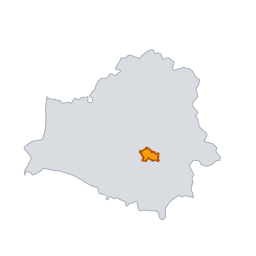 Babruysk, Mogilev, Belarus shown in context, rotated 13°
{"feature_id": "67162791B49466941565536", "entity_name": "Babruysk", "entity_type": "district", "adm_level": 2, "iso_a3": "BLR", "parent_name": "Belarus", "parent_adm1": "Mogilev", "projection": "orthographic", "projection_center": [29.167, 53.064], "detail": "fine", "context": "in_parent", "style": "filled", "palette": "amber", "viewbox_px": 256, "rotation_deg": 13, "n_neighbors": 0, "source": "geoboundaries", "source_scale": "gbopen_adm2", "svg_char_len": 7538}
<svg xmlns="http://www.w3.org/2000/svg" viewBox="0 0 256 256"><g transform="rotate(13 128 128)"><path d="M207.4,181.0L203.5,180.9L198.8,181.1L196.2,183.1L193.3,182.3L191.3,183.3L186.8,188.5L185.0,191.3L183.4,195.5L182.4,198.6L183.0,200.8L183.9,202.8L184.1,205.0L184.6,206.6L183.5,207.9L182.8,209.7L180.8,209.4L178.3,207.8L177.8,205.3L175.9,203.6L174.7,202.7L172.6,202.6L169.4,203.4L165.2,204.1L162.0,204.3L160.2,205.2L157.7,206.0L156.7,205.0L155.2,202.2L154.1,199.4L153.3,198.2L152.6,197.8L151.7,197.9L150.7,198.8L150.0,199.7L147.3,200.8L146.1,201.8L144.8,204.3L144.0,204.1L143.1,203.5L142.1,200.6L140.7,200.0L138.4,199.9L135.7,199.3L133.4,198.4L132.6,198.6L131.3,199.8L129.8,199.9L126.7,198.8L126.0,199.3L124.2,202.4L123.3,202.5L122.8,202.1L123.1,199.4L121.3,198.4L118.2,198.1L116.0,198.5L115.0,198.3L114.4,197.8L111.9,193.1L110.5,192.7L108.0,192.9L104.3,192.2L100.0,191.0L97.7,190.5L96.5,189.5L93.9,189.0L86.9,186.7L84.0,186.3L79.8,186.0L73.4,185.3L69.2,185.3L67.3,185.8L65.0,186.1L57.3,186.1L54.6,186.5L53.7,187.4L52.7,189.5L49.2,192.9L46.0,195.1L45.4,195.3L43.7,193.9L42.2,193.3L40.5,193.1L39.2,193.4L38.4,193.9L38.3,196.8L38.1,197.0L37.0,193.5L37.3,190.5L38.2,188.8L39.2,187.3L39.0,184.9L40.2,181.9L40.4,179.6L40.1,178.6L39.4,177.5L37.5,176.1L36.7,175.0L34.2,173.5L31.6,171.7L31.3,170.6L31.4,170.0L32.0,169.0L34.3,166.1L36.7,163.3L38.2,162.3L45.9,159.1L47.1,157.8L47.5,155.6L47.8,151.1L47.6,147.0L47.3,144.1L46.3,138.7L43.3,127.5L42.0,115.9L43.4,116.7L46.8,117.2L49.6,116.6L51.0,116.6L52.2,116.9L55.9,116.6L56.7,117.7L58.2,118.7L61.5,117.6L64.4,116.2L67.3,116.5L67.7,115.7L68.7,111.7L69.6,110.9L73.0,111.5L74.4,110.9L75.8,109.0L77.9,107.8L79.6,107.9L81.5,106.6L82.3,107.6L82.6,109.3L82.0,110.6L82.2,111.1L83.4,111.9L85.5,111.9L86.9,111.5L87.2,110.7L87.3,109.3L87.0,108.0L86.2,106.9L84.5,106.2L83.4,106.1L83.2,105.4L83.7,103.9L84.8,101.2L86.2,98.7L87.0,97.8L87.2,96.9L87.1,95.4L87.3,92.7L88.6,88.8L90.2,86.0L92.3,85.2L94.8,84.8L96.4,83.5L97.3,81.9L98.0,79.5L98.8,79.0L104.8,79.6L105.7,77.1L106.3,76.4L107.4,75.7L108.3,74.9L108.0,74.2L106.5,73.7L103.0,73.2L102.3,72.4L102.5,71.4L103.6,68.9L104.6,65.6L105.2,63.1L105.3,61.6L105.8,61.2L108.7,60.8L109.6,60.3L112.2,56.9L114.1,56.4L118.9,57.4L121.1,57.4L124.0,57.7L124.2,57.4L125.3,54.0L130.1,48.5L132.7,46.7L134.3,46.3L134.9,46.4L137.4,49.3L138.0,49.5L139.7,48.3L142.6,48.2L144.0,49.2L145.9,52.8L146.9,53.2L149.8,51.2L151.4,50.6L152.4,50.6L157.8,53.4L158.2,54.2L158.3,55.3L157.4,58.5L158.6,60.5L159.9,61.9L162.7,59.6L163.7,59.0L164.8,59.0L166.3,58.1L167.4,56.9L168.4,56.4L170.4,56.7L174.0,56.3L178.2,58.2L178.6,58.8L180.7,61.1L181.5,62.2L182.2,62.6L183.3,63.6L184.9,64.3L185.9,64.1L186.4,64.4L186.9,65.3L187.0,66.8L186.9,71.1L185.5,73.4L185.3,74.2L185.4,75.1L186.6,76.9L188.2,79.8L188.6,81.4L188.7,82.7L186.6,86.4L186.0,87.3L185.5,89.1L185.3,90.9L185.5,91.7L189.1,94.5L191.8,96.1L192.4,96.8L192.5,97.3L191.2,100.5L191.1,101.3L193.2,102.6L194.5,104.6L195.6,107.9L197.8,111.1L205.6,115.5L206.3,116.3L206.5,117.3L206.4,119.5L205.1,123.7L206.4,124.3L209.8,124.0L214.0,124.4L219.0,127.1L219.1,128.4L218.7,129.7L219.1,130.9L219.7,132.0L224.1,135.1L224.6,136.0L224.7,137.6L224.7,138.8L223.5,139.1L222.2,139.7L220.1,141.3L219.3,143.3L215.9,146.2L213.8,147.5L212.0,147.7L207.9,147.3L206.4,146.0L205.7,144.7L204.1,144.2L202.0,144.2L199.1,144.6L198.5,145.0L198.1,146.5L196.9,149.2L196.1,150.7L200.0,155.7L201.9,157.8L202.5,159.1L202.5,160.0L201.7,161.2L201.9,163.4L203.8,166.2L203.2,166.7L203.2,170.3L203.3,174.1L203.8,175.0L204.8,175.7L205.7,177.1L207.2,180.2L207.4,181.0Z" fill="#d9dde1" stroke="#a8b0b8" stroke-width="1"/><path d="M165.4,152.4L164.8,152.1L164.7,152.0L164.5,151.9L164.3,151.7L164.2,151.5L164.1,151.3L164.0,151.1L164.1,150.8L164.2,150.5L164.4,150.3L164.5,150.1L164.5,149.9L164.4,149.6L164.2,149.7L163.9,149.7L163.6,149.6L163.5,149.4L163.3,149.1L163.4,148.8L163.4,148.7L163.6,148.6L163.8,148.4L163.8,148.0L163.8,147.7L164.0,147.3L163.9,147.1L163.9,146.9L163.9,146.6L163.8,146.4L163.6,146.3L163.4,146.5L163.2,146.4L163.2,146.2L163.3,146.1L163.3,145.9L163.3,145.7L163.2,145.7L162.8,145.7L162.7,145.8L162.6,146.0L162.3,146.1L162.1,146.1L162.0,146.3L161.9,146.5L161.5,146.6L161.4,146.7L161.3,146.9L161.2,147.0L160.9,147.2L160.7,147.2L160.3,147.1L160.2,147.0L160.0,146.7L159.9,146.6L159.8,146.3L159.8,146.0L159.8,145.9L159.8,145.7L159.7,145.4L159.4,145.5L159.2,145.7L158.8,145.7L158.6,145.6L158.4,145.5L158.3,145.4L158.2,145.3L157.9,145.3L157.7,145.3L157.4,145.3L157.3,145.2L157.0,145.2L156.6,145.2L156.6,145.4L156.7,145.5L156.8,145.6L157.0,145.6L157.3,145.9L157.4,146.0L157.4,146.3L157.2,146.5L156.8,146.8L156.6,146.9L156.5,146.7L156.4,146.5L156.4,146.4L156.2,146.1L156.1,145.8L156.1,145.6L156.3,145.4L156.2,145.2L155.8,145.2L155.7,145.4L155.7,145.5L155.4,145.5L155.3,145.3L155.3,145.2L155.2,145.1L155.1,144.9L154.9,144.7L155.0,144.5L155.0,144.4L154.9,144.4L154.5,144.3L154.3,144.3L154.2,144.3L154.1,144.2L153.9,144.1L153.7,144.1L153.7,143.9L153.6,143.7L153.4,143.7L153.2,143.6L153.1,143.4L152.9,143.2L152.6,143.2L152.4,143.1L152.2,143.1L151.9,143.2L151.7,143.2L151.4,143.2L151.2,142.9L151.0,142.7L150.9,142.7L150.7,142.7L150.3,142.8L150.1,142.8L150.0,143.0L149.9,143.3L149.9,143.5L150.0,143.7L150.1,143.9L150.3,143.9L150.4,144.0L150.5,144.1L150.5,144.4L150.4,144.5L150.2,144.5L149.8,144.6L149.6,144.6L149.5,144.8L149.4,144.9L149.3,145.1L149.2,145.1L148.9,145.1L148.6,145.0L148.3,145.3L148.3,145.7L148.2,145.8L148.1,146.1L148.0,146.3L147.9,146.4L147.7,146.5L147.4,146.7L147.3,146.8L147.2,147.1L147.1,147.3L146.8,147.4L146.7,147.5L146.4,147.7L146.3,147.8L146.2,147.9L146.0,147.6L145.9,147.5L145.7,147.6L145.4,147.7L145.2,147.8L145.3,147.6L145.3,147.4L145.3,147.2L145.2,147.1L145.0,147.3L144.9,147.5L144.8,148.0L145.0,148.2L145.1,148.4L145.2,148.5L145.3,148.7L145.3,148.8L145.2,149.0L145.2,149.3L145.4,149.4L145.5,149.3L145.7,149.2L145.8,149.2L146.2,149.1L146.5,149.2L146.7,149.3L146.8,149.3L146.9,149.6L147.0,149.7L147.0,149.9L146.9,150.1L146.8,150.3L146.7,150.4L146.7,150.5L146.9,150.8L146.8,151.0L147.0,151.1L147.3,151.0L147.5,151.0L147.8,151.1L148.0,151.3L148.0,151.6L148.1,151.8L148.3,151.7L148.5,151.5L148.8,151.8L148.9,152.0L148.7,152.3L148.7,152.5L148.8,152.6L149.0,152.8L149.0,153.0L149.3,153.2L149.4,152.9L149.5,152.7L149.7,152.8L149.8,152.9L149.9,153.0L150.1,153.2L150.1,153.4L150.1,153.5L149.9,153.8L149.7,153.9L149.6,154.1L149.7,154.4L149.7,154.5L149.8,154.8L149.7,155.0L149.4,155.3L149.2,155.4L149.1,155.5L149.2,155.8L149.2,156.0L149.2,156.3L149.1,156.5L149.3,156.7L149.6,156.6L149.9,156.4L150.0,156.5L150.3,156.6L150.4,156.4L150.6,156.3L150.9,156.3L151.1,156.3L151.5,156.3L151.7,156.2L152.0,156.1L152.3,156.1L152.5,156.0L152.8,156.2L152.9,156.4L153.1,156.3L153.2,156.1L153.3,156.0L153.4,155.9L153.3,155.7L153.4,155.4L153.3,155.2L153.2,155.0L153.2,154.8L153.3,154.6L153.5,154.4L153.7,154.2L153.9,154.1L154.1,153.8L154.3,153.6L154.4,153.4L154.4,153.2L154.5,153.0L154.6,152.8L154.6,152.6L154.7,152.4L154.9,152.5L155.0,152.6L155.1,152.9L155.4,153.0L155.6,153.0L155.8,153.3L156.0,153.5L156.3,153.5L156.6,153.5L157.0,153.5L157.3,153.5L157.5,153.5L157.8,153.7L157.9,153.8L158.1,154.1L158.3,154.2L158.5,154.2L158.6,153.9L158.7,153.7L158.9,153.8L158.9,154.1L159.1,154.3L159.3,154.6L159.7,154.6L159.9,154.4L160.2,154.2L160.5,153.8L160.8,153.6L161.1,153.3L161.4,153.2L161.9,153.2L162.1,153.2L162.3,153.3L162.5,153.4L162.8,153.2L163.2,153.0L163.3,153.1L163.6,153.2L163.9,153.3L164.1,153.3L164.3,153.3L164.1,153.5L164.3,153.7L164.5,153.6L164.8,153.6L165.1,153.6L165.1,153.4L165.1,153.0L165.4,152.8L165.4,152.4L165.4,152.4Z" fill="#f59e0b" stroke="#b45309" stroke-width="1.5"/></g></svg>